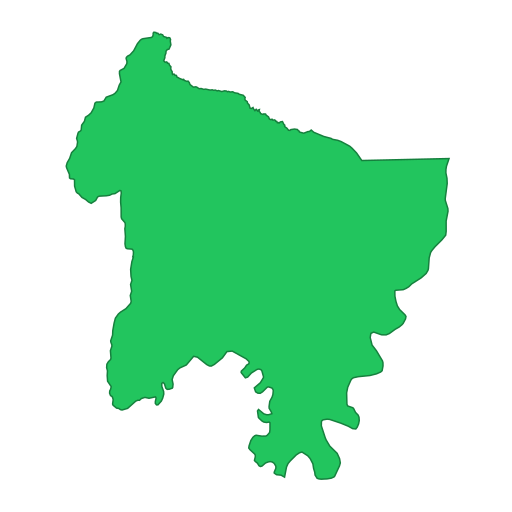 the district of Cartago, Valle del Cauca, Colombia, rotated 181°
{"feature_id": "7082276B65356767722018", "entity_name": "Cartago", "entity_type": "district", "adm_level": 2, "iso_a3": "COL", "parent_name": "Colombia", "parent_adm1": "Valle del Cauca", "projection": "natural_earth1", "projection_center": [-75.902, 4.71], "detail": "fine", "context": "isolated", "style": "filled", "palette": "green", "viewbox_px": 512, "rotation_deg": 181, "n_neighbors": 0, "source": "geoboundaries", "source_scale": "gbopen_adm2", "svg_char_len": 6061}
<svg xmlns="http://www.w3.org/2000/svg" viewBox="0 0 512 512"><g transform="rotate(181 256 256)"><path d="M437.4,370.5L436.6,368.0L436.4,366.7L437.0,362.4L438.4,360.2L442.2,356.1L444.0,350.4L446.4,346.0L447.3,342.6L446.9,340.9L444.0,334.4L443.8,330.8L442.8,330.0L439.9,329.8L438.8,329.1L438.6,322.7L436.9,317.1L435.7,315.8L434.3,315.1L431.0,311.5L427.3,309.5L424.4,307.1L421.7,305.8L417.3,308.7L415.4,312.3L413.8,313.1L406.7,313.6L403.4,314.2L400.9,315.5L398.1,315.9L393.2,319.2L392.1,318.7L391.8,316.6L392.3,312.2L392.3,307.5L391.7,301.7L391.5,292.7L391.0,290.9L387.7,287.2L387.3,286.0L387.2,283.5L387.6,281.0L386.9,273.3L387.2,265.9L386.7,263.0L385.9,261.4L384.7,261.0L380.1,260.7L378.9,259.4L378.6,257.7L378.7,254.9L379.2,253.0L378.6,252.8L380.0,248.2L381.1,240.5L380.6,233.5L379.6,229.5L380.9,225.3L379.7,218.6L381.0,214.3L380.0,208.5L380.5,206.5L385.1,201.1L390.4,197.6L392.6,195.6L395.5,191.4L396.7,186.4L397.9,178.9L398.0,174.4L399.8,168.7L399.7,167.6L398.6,164.7L398.5,163.3L399.9,158.8L399.2,151.4L399.6,149.9L401.7,147.8L403.2,145.2L403.4,141.8L402.5,138.6L402.7,133.8L402.2,128.2L398.5,122.9L399.0,120.3L399.9,118.5L400.0,116.3L399.0,113.9L397.4,113.0L396.8,111.6L396.3,109.9L396.8,105.5L396.3,104.3L392.8,101.5L390.6,101.2L388.8,100.0L387.2,99.7L381.7,101.4L373.7,108.8L371.7,109.7L370.0,109.7L368.1,111.5L364.6,112.7L360.5,111.9L354.0,113.4L353.4,112.1L354.1,108.8L354.1,106.9L352.9,105.4L351.4,105.5L348.1,109.3L346.8,112.3L345.8,116.3L346.0,119.0L347.9,124.0L348.0,127.0L346.7,127.9L345.4,126.8L343.9,122.3L342.5,121.1L340.3,121.3L337.4,122.4L337.0,123.1L336.7,126.5L337.7,131.0L336.6,134.8L332.3,141.0L330.1,142.8L323.8,145.8L316.6,154.6L312.7,153.8L303.4,146.6L300.6,145.2L298.7,145.2L295.7,146.9L287.8,153.6L283.4,159.9L278.1,160.5L264.0,153.0L261.2,150.4L261.0,149.1L261.4,148.0L263.5,146.7L265.3,143.9L268.7,140.6L268.8,139.2L264.5,134.0L262.2,134.8L258.6,138.9L253.2,142.5L251.7,143.0L250.3,142.9L248.9,142.3L248.1,141.2L246.4,135.4L246.5,134.4L249.4,129.4L255.4,124.1L254.0,120.2L251.8,118.9L249.4,118.8L247.1,120.3L242.5,125.0L241.4,125.4L237.8,124.3L236.6,122.7L236.4,121.5L236.7,117.7L237.5,115.1L239.7,110.9L240.3,105.8L240.2,104.0L238.0,100.4L237.4,98.6L240.7,97.5L242.7,97.5L245.4,98.3L250.8,102.6L251.8,101.1L250.8,94.7L250.1,93.8L247.1,91.1L245.3,90.1L242.5,89.7L240.0,90.2L239.1,89.5L239.0,82.4L239.3,79.9L239.9,79.0L241.7,76.9L243.1,76.1L247.2,76.0L252.8,76.8L254.2,76.2L255.9,74.7L257.9,71.5L259.6,66.1L259.9,63.9L258.7,62.3L253.9,58.0L253.3,57.0L253.2,55.2L254.0,51.6L253.2,50.6L251.0,48.9L249.3,46.3L247.9,45.6L246.3,46.1L242.9,49.2L240.2,50.3L238.2,50.7L236.1,50.3L234.2,49.0L232.5,46.2L232.4,44.2L234.0,40.2L234.0,39.3L231.7,37.7L227.1,37.3L223.6,35.4L221.8,45.6L220.3,49.1L218.2,51.7L212.2,57.9L209.1,60.0L206.6,60.8L200.8,57.2L198.3,54.4L195.5,49.2L194.7,44.6L193.5,40.9L193.1,38.0L191.0,34.8L189.1,34.2L186.9,34.0L181.0,34.4L176.8,35.2L174.1,36.5L173.5,37.2L168.9,47.5L168.1,50.6L168.9,54.8L171.4,60.1L178.9,67.2L182.6,73.2L183.6,75.4L187.7,87.3L187.7,91.1L187.3,92.5L186.0,93.4L182.1,94.1L179.5,93.9L168.4,90.4L160.7,87.4L156.4,85.1L153.2,84.8L151.8,86.7L150.5,89.9L149.9,93.3L150.2,96.6L151.1,98.7L153.8,101.4L155.8,105.3L156.6,106.0L161.6,107.6L162.5,109.3L163.0,120.8L162.0,126.4L159.0,133.5L158.0,134.9L156.4,136.0L151.8,137.1L140.0,138.5L133.4,140.3L129.3,142.2L127.9,143.5L127.1,148.3L127.2,151.5L127.7,153.3L133.9,163.3L138.4,169.0L140.4,176.4L139.8,180.6L137.0,182.0L129.1,179.4L124.6,179.4L121.3,180.8L115.5,185.2L111.6,187.5L108.8,189.9L107.7,191.2L105.4,195.7L105.0,198.2L106.0,199.8L111.5,205.0L113.8,208.6L115.3,213.1L116.4,218.2L116.6,223.5L115.6,224.2L108.2,224.9L105.4,226.2L102.7,227.9L99.9,230.8L90.4,237.1L85.6,241.5L83.8,244.7L83.4,246.3L82.8,257.2L81.5,262.5L80.3,264.5L77.1,268.5L70.5,275.3L66.7,280.1L66.3,284.0L66.5,294.3L64.8,304.1L65.0,306.8L67.7,314.9L67.8,316.8L66.1,331.8L66.4,337.0L67.6,342.4L67.6,345.9L67.1,349.2L64.7,356.8L151.9,353.3L157.2,360.7L161.8,365.4L164.2,367.4L172.9,371.9L176.3,373.1L181.5,374.0L183.0,374.9L190.3,376.7L200.4,380.7L203.0,382.9L204.8,381.4L206.3,381.3L210.4,379.6L214.7,380.7L215.1,381.7L215.9,382.1L216.8,383.2L219.7,383.6L223.4,383.0L224.2,382.2L225.7,382.3L227.3,384.3L229.6,385.9L229.5,387.3L230.4,388.0L231.9,390.9L234.0,390.5L235.3,389.3L236.4,389.9L237.0,389.6L237.7,391.0L238.6,391.0L239.0,391.9L239.9,392.4L241.4,392.1L242.4,393.1L243.4,392.5L245.0,393.2L245.9,395.3L248.3,397.0L248.9,398.1L250.8,398.2L251.4,397.7L253.8,398.4L254.4,399.7L255.5,400.7L255.2,402.4L256.2,402.0L256.9,401.0L258.4,402.7L259.6,401.3L261.0,403.0L261.6,404.4L262.9,403.5L264.5,403.7L265.5,407.0L267.1,408.6L267.5,410.2L269.5,411.6L269.9,412.8L269.6,414.4L271.6,416.5L275.5,417.4L276.8,418.3L280.3,418.8L282.1,419.8L284.6,419.5L286.3,420.1L287.5,419.7L288.4,420.4L290.4,420.6L293.1,419.8L296.5,420.8L297.6,420.4L299.6,421.2L301.2,420.9L302.6,421.4L304.8,421.1L309.2,422.0L311.2,421.7L313.7,422.5L315.8,422.3L318.3,423.9L319.4,424.1L321.5,423.7L325.0,426.3L325.7,428.2L327.0,429.7L328.2,429.4L331.0,430.4L331.2,431.2L331.8,431.4L332.4,431.0L335.5,432.2L338.3,433.7L338.6,434.9L339.2,435.4L340.2,435.2L341.2,436.5L342.6,436.0L343.1,437.9L342.9,438.5L344.5,441.3L344.4,443.8L345.7,445.1L346.5,447.1L347.9,447.2L348.2,448.1L348.8,448.5L350.2,448.1L351.7,449.6L350.6,452.6L350.6,454.5L349.6,457.3L349.6,459.1L348.3,460.9L346.6,461.3L344.8,465.6L345.5,469.6L345.2,470.7L345.4,471.4L346.0,472.6L346.5,472.8L347.8,472.8L348.9,472.1L349.3,473.0L352.3,473.9L353.2,475.5L355.1,476.2L356.8,475.6L358.1,477.1L359.3,476.9L359.9,477.7L362.0,478.0L362.7,477.1L362.7,475.2L363.2,473.6L364.3,472.7L372.8,471.3L374.3,470.7L375.6,469.6L378.2,466.3L381.9,459.0L385.5,454.9L387.9,453.6L389.1,452.3L389.3,451.2L388.4,448.2L388.5,446.1L391.2,441.3L395.0,439.2L395.7,438.3L395.7,435.9L394.0,427.7L395.7,424.5L397.4,419.1L399.7,416.3L401.8,414.8L408.5,412.2L410.8,408.3L413.2,407.4L418.4,407.1L419.7,406.0L420.7,401.2L423.3,396.3L425.9,393.8L428.9,391.8L429.9,387.7L432.6,383.8L433.0,378.9L433.7,377.9L435.6,376.8L436.1,375.7L437.4,370.5Z" fill="#22c55e" stroke="#15803d" stroke-width="1.5"/></g></svg>